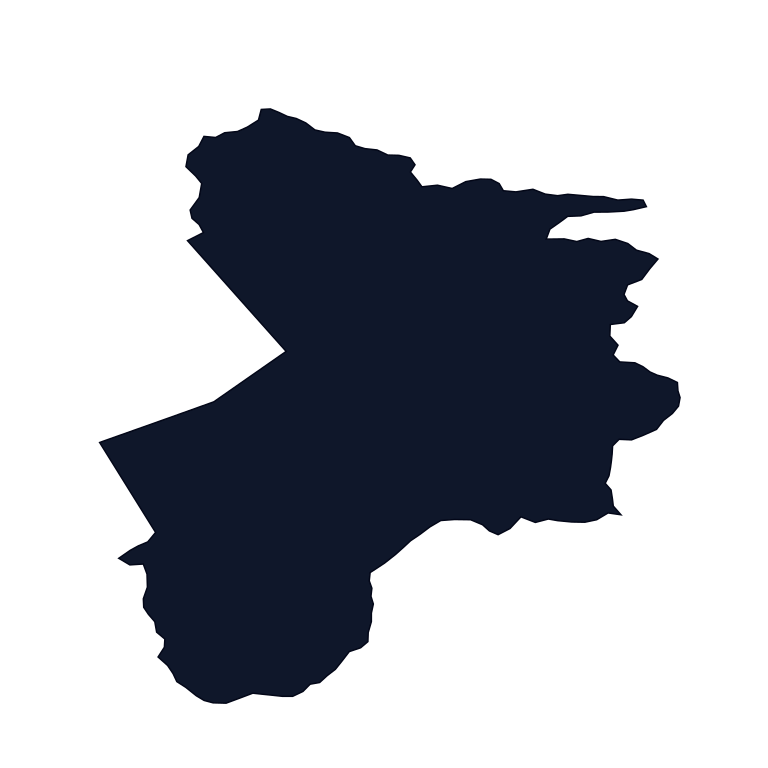 Rancho Queimado, Santa Catarina, Brazil, rotated 260°
{"feature_id": "56859067B14701683367947", "entity_name": "Rancho Queimado", "entity_type": "district", "adm_level": 2, "iso_a3": "BRA", "parent_name": "Brazil", "parent_adm1": "Santa Catarina", "projection": "equal_earth", "projection_center": [-49.09, -27.678], "detail": "fine", "context": "isolated", "style": "filled", "palette": "ink", "viewbox_px": 768, "rotation_deg": 260, "n_neighbors": 0, "source": "geoboundaries", "source_scale": "gbopen_adm2", "svg_char_len": 2393}
<svg xmlns="http://www.w3.org/2000/svg" viewBox="0 0 768 768"><g transform="rotate(260 384 384)"><path d="M659.1,249.7L650.1,242.8L643.7,230.9L632.4,226.7L621.6,234.6L613.2,239.3L599.7,234.4L589.0,223.3L580.5,223.7L573.2,229.6L564.5,232.5L559.3,215.4L433.1,293.3L396.0,213.3L387.8,165.3L375.8,93.8L277.5,133.3L269.5,123.9L267.3,114.1L264.3,105.3L258.4,92.5L250.0,102.3L248.5,115.7L237.9,117.6L225.0,115.7L214.3,109.7L205.8,108.6L198.1,112.0L189.7,117.0L179.1,117.0L170.9,123.9L162.9,122.0L154.4,114.1L144.4,122.0L135.4,126.0L126.9,128.3L119.7,136.1L109.6,145.0L103.6,151.9L99.7,160.3L97.1,173.1L99.7,187.3L102.3,201.1L99.7,210.1L97.0,219.6L94.1,229.6L92.3,239.9L95.3,250.8L101.2,259.1L101.2,268.8L106.6,277.3L111.5,286.6L118.8,294.9L126.5,303.3L128.3,315.2L133.1,323.4L142.0,325.3L152.2,330.3L160.6,331.8L169.2,335.3L177.2,334.3L185.0,336.6L192.7,335.3L200.7,337.6L207.5,353.4L214.1,365.7L220.2,375.5L225.0,382.9L229.8,393.6L235.3,404.4L239.7,416.2L238.3,430.0L235.3,445.7L228.3,456.6L221.0,462.3L215.8,470.2L219.8,483.0L229.4,495.8L221.4,509.0L222.5,522.4L219.3,531.2L215.5,545.0L213.0,557.8L213.4,569.9L218.1,582.3L214.1,594.6L224.0,588.6L231.0,589.0L240.2,589.2L247.8,584.6L254.5,589.6L262.2,592.5L268.8,594.6L275.4,596.5L283.4,598.4L288.7,605.9L286.0,618.1L288.7,631.3L292.0,644.5L299.6,652.9L304.9,662.9L311.1,670.2L319.2,673.2L326.2,672.3L334.5,673.2L340.6,664.8L345.3,654.5L349.7,648.0L355.9,642.2L361.3,634.8L364.8,620.0L372.8,614.7L381.6,621.2L392.0,614.7L403.3,617.2L402.6,631.3L407.4,639.3L416.4,647.2L423.6,638.2L430.5,635.9L439.3,641.1L442.2,656.0L451.4,665.8L459.5,675.5L466.4,667.7L472.0,655.8L480.0,648.5L486.3,636.9L486.7,622.5L491.9,610.3L490.8,598.6L495.6,586.7L498.5,568.9L507.7,574.3L512.5,584.6L517.2,594.0L515.4,607.2L516.8,620.6L514.4,634.8L512.5,650.4L512.4,659.8L513.1,673.2L520.1,671.1L523.1,659.8L524.5,646.2L530.4,632.8L532.3,622.5L535.6,610.3L538.9,598.0L539.3,587.7L543.0,575.8L549.9,564.5L550.3,547.3L553.6,535.1L561.4,532.2L567.0,524.9L569.1,514.4L569.1,499.7L564.7,485.1L570.5,471.2L571.6,455.6L579.0,452.0L588.2,446.8L594.5,452.6L602.1,449.1L606.6,438.4L608.8,427.5L615.7,417.8L619.1,406.1L623.6,397.1L632.7,392.7L639.3,381.8L642.2,369.7L646.2,360.1L654.7,352.3L660.7,343.7L664.3,335.3L669.6,327.8L674.6,319.9L675.7,310.8L665.7,306.2L660.7,293.9L658.1,283.6L659.1,270.7L656.0,261.0L659.1,249.7Z" fill="#0f172a" stroke="#020617" stroke-width="1.5"/></g></svg>